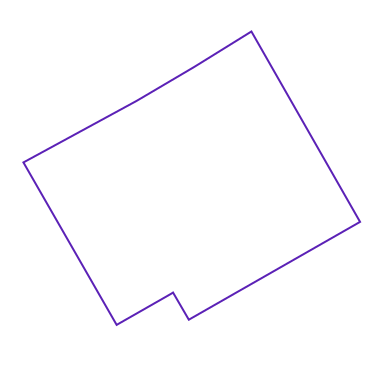 Effingham, Illinois, United States of America (Robinson projection), rotated 150°
{"feature_id": "52423323B49311223718144", "entity_name": "Effingham", "entity_type": "district", "adm_level": 2, "iso_a3": "USA", "parent_name": "United States of America", "parent_adm1": "Illinois", "projection": "robinson", "projection_center": [-88.582, 39.064], "detail": "fine", "context": "isolated", "style": "outline", "palette": "violet", "viewbox_px": 384, "rotation_deg": 150, "n_neighbors": 0, "source": "geoboundaries", "source_scale": "gbopen_adm2", "svg_char_len": 280}
<svg xmlns="http://www.w3.org/2000/svg" viewBox="0 0 384 384"><g transform="rotate(150 192 192)"><path d="M61.4,82.1L60.3,301.3L127.2,299.2L194.2,298.6L323.2,301.9L323.7,114.6L260.7,114.3L258.7,114.4L258.6,83.0L61.4,82.1Z" fill="none" stroke="#5b21b6" stroke-width="2"/></g></svg>